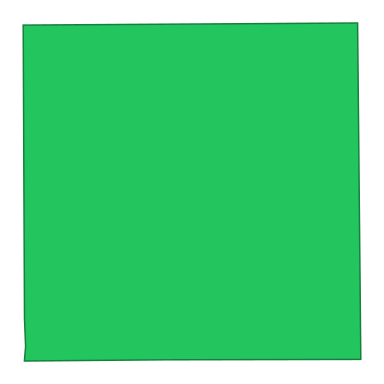 the district of Ogemaw, Michigan, United States of America
{"feature_id": "52423323B55359053905467", "entity_name": "Ogemaw", "entity_type": "district", "adm_level": 2, "iso_a3": "USA", "parent_name": "United States of America", "parent_adm1": "Michigan", "projection": "albers", "projection_center": [-84.223, 44.335], "detail": "fine", "context": "isolated", "style": "filled", "palette": "green", "viewbox_px": 384, "rotation_deg": 0, "n_neighbors": 0, "source": "geoboundaries", "source_scale": "gbopen_adm2", "svg_char_len": 220}
<svg xmlns="http://www.w3.org/2000/svg" viewBox="0 0 384 384"><path d="M23.2,25.1L24.5,319.0L25.6,346.5L24.4,361.0L164.7,359.8L360.8,359.4L357.6,23.0L23.2,25.1Z" fill="#22c55e" stroke="#15803d" stroke-width="1.5"/></svg>